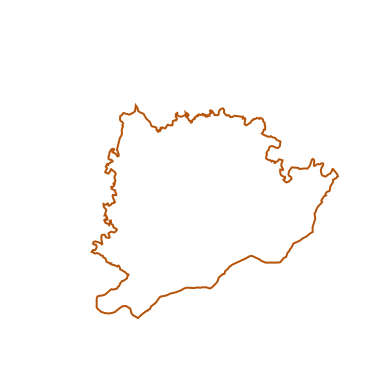 the district of Bougouriba, Bougouriba, Burkina Faso, rotated 333°
{"feature_id": "67063806B9563364372336", "entity_name": "Bougouriba", "entity_type": "district", "adm_level": 2, "iso_a3": "BFA", "parent_name": "Burkina Faso", "parent_adm1": "Bougouriba", "projection": "albers", "projection_center": [-3.423, 10.888], "detail": "fine", "context": "isolated", "style": "outline", "palette": "amber", "viewbox_px": 384, "rotation_deg": 333, "n_neighbors": 0, "source": "geoboundaries", "source_scale": "gbopen_adm2", "svg_char_len": 6067}
<svg xmlns="http://www.w3.org/2000/svg" viewBox="0 0 384 384"><g transform="rotate(333 192 192)"><path d="M181.2,89.4L178.0,94.0L176.6,94.6L171.3,94.7L166.8,90.5L164.1,91.7L162.4,91.9L160.7,94.9L160.7,96.6L161.7,97.9L161.7,99.7L160.0,101.1L160.1,102.5L157.9,104.3L155.7,108.8L151.9,111.5L144.2,120.4L144.4,121.0L143.6,125.8L142.8,126.6L141.8,126.5L141.4,123.3L139.2,120.3L139.5,119.8L140.9,119.5L142.0,118.6L141.3,117.6L139.6,117.4L136.5,119.2L135.5,120.9L133.7,122.5L132.7,124.4L133.3,125.7L134.9,126.9L135.4,128.3L135.1,128.8L133.6,128.5L131.0,129.2L129.7,128.7L129.4,129.7L128.7,128.9L126.7,130.3L127.1,132.3L123.7,134.8L123.8,135.4L125.8,137.6L126.3,137.6L128.0,136.4L128.7,136.4L129.9,134.9L130.4,135.0L132.3,139.4L132.3,141.3L129.5,143.6L128.7,147.5L125.8,148.9L125.5,150.3L126.1,150.3L125.1,151.2L123.2,151.6L122.5,150.8L122.1,151.1L121.9,153.0L124.3,155.8L123.6,156.9L123.7,159.0L123.1,160.4L120.2,158.7L119.9,158.8L119.3,159.8L118.9,162.7L119.1,163.9L118.4,165.0L118.8,165.9L117.9,166.4L115.5,165.8L114.4,166.5L111.9,166.7L111.5,166.0L111.9,164.3L111.6,163.9L109.1,164.2L107.7,162.5L106.9,164.2L106.7,165.9L107.4,167.7L107.4,169.3L103.4,173.2L104.8,173.8L104.8,175.6L104.2,175.6L103.8,176.1L104.4,177.4L104.2,177.9L102.8,178.1L101.7,177.0L101.3,177.0L100.9,177.7L100.9,180.2L102.8,182.1L103.1,183.9L104.9,182.5L105.6,180.2L106.8,180.7L105.8,182.6L106.0,184.8L106.7,185.9L106.0,187.2L106.0,188.0L108.1,190.9L107.5,192.0L104.9,192.8L104.1,192.6L101.8,190.6L98.7,191.0L98.3,194.6L97.8,195.2L96.9,195.1L94.7,193.2L95.0,190.9L94.5,190.2L92.5,189.4L91.1,190.3L89.4,194.1L88.6,197.3L87.8,197.6L87.6,196.5L85.1,193.6L83.3,192.0L81.6,191.9L80.3,193.2L81.3,194.7L82.4,195.3L82.3,197.5L81.7,198.2L79.6,199.7L77.1,198.8L75.5,199.9L76.9,201.1L76.9,202.0L77.9,202.9L79.7,203.3L81.3,205.1L82.1,207.1L83.6,208.4L83.2,209.7L84.7,211.8L84.2,215.7L86.9,218.3L85.6,218.3L87.3,219.0L87.4,220.0L87.9,220.7L89.3,221.5L91.6,224.5L92.5,224.0L93.3,224.4L93.4,226.5L92.9,228.3L96.1,233.1L96.7,235.3L97.9,236.8L97.4,237.3L96.6,237.4L94.8,239.5L90.6,240.0L89.6,239.6L88.7,239.8L87.0,240.5L84.3,242.8L83.0,242.8L81.3,244.0L77.3,243.1L75.9,242.0L68.3,243.9L65.6,243.6L61.5,242.2L60.2,242.3L58.7,243.7L54.6,251.7L54.9,253.3L56.7,257.6L59.6,260.5L63.0,262.6L66.9,263.7L69.2,263.9L74.8,262.6L77.6,262.4L78.9,262.4L81.7,263.9L84.0,267.9L83.0,272.5L83.5,275.0L86.7,279.8L92.2,278.2L97.4,277.3L98.8,277.6L99.9,277.0L101.0,277.3L102.1,276.8L103.4,275.4L109.6,274.2L114.8,271.4L116.4,270.9L122.4,272.6L126.7,272.7L132.0,274.0L137.1,274.6L141.5,274.4L144.1,275.0L150.6,278.7L152.4,279.0L156.0,281.1L157.7,281.5L161.5,283.4L164.0,286.0L166.5,286.1L172.9,283.9L175.0,282.6L175.8,281.4L177.3,280.3L182.3,279.1L183.1,279.6L183.9,279.5L185.7,277.5L187.6,277.2L191.9,275.5L193.6,275.4L194.5,275.0L209.5,275.6L214.2,275.4L215.5,275.6L217.0,276.8L221.4,282.5L222.8,285.2L225.6,288.4L237.2,294.2L239.0,294.6L243.8,292.4L246.4,292.6L249.8,289.3L251.0,289.2L253.7,287.3L254.8,287.0L259.0,284.0L266.5,284.3L268.9,283.6L274.0,283.6L278.2,282.6L281.4,282.4L283.5,278.0L289.7,271.8L291.4,266.7L292.9,266.1L294.3,264.5L297.5,262.2L303.0,260.3L303.0,259.9L303.6,259.5L303.4,258.2L306.7,256.3L307.5,255.8L309.9,255.9L309.7,254.8L310.4,254.0L312.5,253.1L314.8,253.6L316.4,251.9L317.4,250.2L322.4,247.0L323.2,245.2L327.2,245.0L328.0,244.3L329.2,244.2L329.4,242.1L328.1,235.6L327.7,235.4L325.0,237.6L323.4,238.3L321.1,238.3L318.2,239.0L316.1,237.1L315.5,235.2L316.4,231.5L318.4,229.2L320.8,227.8L321.6,226.8L321.7,226.0L321.3,225.6L320.2,225.3L318.4,225.4L317.3,224.5L315.8,224.1L313.8,224.5L312.9,224.3L312.7,223.9L313.2,222.7L315.0,219.9L315.3,218.9L314.8,217.4L313.6,217.6L308.9,222.1L305.6,223.6L302.9,222.1L298.0,220.2L297.8,218.9L292.5,215.6L291.8,215.5L288.0,217.5L286.0,219.9L285.8,221.5L287.1,223.9L286.6,225.6L282.6,226.7L280.4,226.3L279.3,224.1L279.1,222.5L280.1,222.6L281.0,222.1L281.7,220.7L280.9,220.5L279.1,217.5L278.9,216.7L279.9,213.4L280.8,212.1L282.9,213.7L283.4,213.0L283.5,209.0L284.7,207.2L286.6,205.7L287.0,204.7L284.4,202.4L281.8,203.6L280.4,203.1L279.2,203.9L278.8,203.6L279.4,202.7L278.0,200.7L277.6,200.5L276.8,201.0L276.2,199.3L274.9,198.4L273.3,196.1L273.5,195.0L275.8,192.6L275.8,191.5L278.0,189.6L279.1,189.4L281.5,187.1L282.9,187.0L284.4,187.5L287.6,191.4L288.5,191.7L289.7,191.6L291.2,190.9L293.7,187.2L291.2,184.1L290.6,181.5L288.4,179.7L287.6,178.1L286.3,178.1L284.6,176.9L281.7,173.4L280.8,171.6L282.9,170.6L284.3,169.0L285.5,169.5L287.0,166.8L287.1,165.3L287.8,164.4L288.1,163.3L287.5,161.8L288.1,159.7L287.7,158.3L286.4,157.0L286.0,157.5L285.3,157.4L283.6,155.5L281.8,155.6L279.9,155.0L279.2,155.6L277.6,155.4L275.8,156.7L270.7,157.2L269.6,155.7L270.3,154.2L272.5,151.5L272.6,150.3L271.7,150.3L271.5,149.6L270.6,149.5L271.5,147.9L270.4,147.5L264.4,143.3L262.4,143.6L260.5,142.7L259.8,142.2L260.1,140.7L259.0,139.9L257.5,139.6L256.5,135.7L257.9,133.6L257.5,131.6L256.3,131.2L254.2,131.4L252.5,132.7L250.7,135.2L249.8,135.2L247.0,133.7L247.2,132.5L246.8,131.0L246.7,128.7L245.8,127.9L245.3,127.6L244.8,127.9L244.7,130.4L243.3,130.2L242.4,131.9L241.2,131.0L241.2,131.7L240.2,131.9L238.7,131.1L239.0,130.6L238.2,129.9L238.7,129.3L237.0,128.8L237.5,127.6L237.0,127.2L235.9,127.6L234.8,127.3L233.4,126.1L232.3,126.8L232.0,126.1L231.4,126.3L231.0,126.9L229.9,126.4L228.6,127.2L228.0,127.0L227.4,128.2L226.2,127.8L224.4,128.5L223.7,129.7L222.6,129.7L222.7,127.9L221.8,127.0L221.9,124.8L220.9,122.0L221.1,121.4L223.1,122.4L223.8,122.1L223.7,120.4L223.5,120.0L222.7,120.6L222.3,118.5L221.8,119.7L220.9,120.2L217.7,120.3L216.3,119.9L214.6,118.4L213.5,116.5L213.6,115.9L214.6,115.4L214.7,114.9L213.5,115.0L212.6,115.8L212.3,117.0L211.7,117.5L211.9,119.7L211.5,120.3L210.1,121.0L209.6,120.3L207.1,120.1L205.0,123.5L204.5,123.7L203.9,123.0L201.9,122.3L201.3,121.2L200.7,121.0L197.2,123.2L195.1,121.5L194.9,121.0L193.5,120.5L193.2,121.6L192.6,121.2L191.4,123.1L189.5,122.9L190.3,121.8L188.7,121.5L188.6,120.6L189.4,118.5L188.3,117.1L186.1,115.3L185.9,114.7L186.3,110.5L184.6,105.9L184.3,100.3L181.8,97.4L180.7,95.0L181.6,92.9L181.2,89.4Z" fill="none" stroke="#b45309" stroke-width="2"/></g></svg>